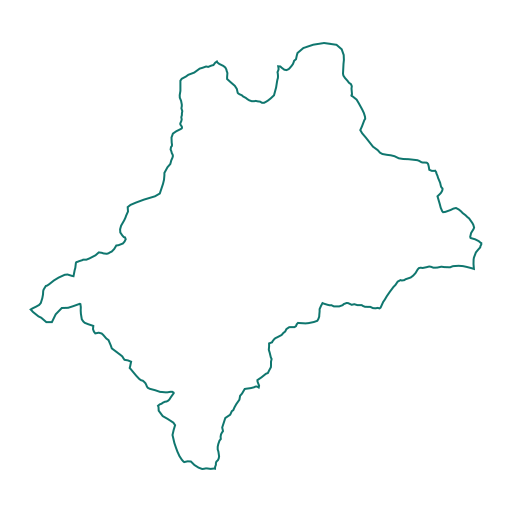 outline of Naro, Thimphu, Bhutan
{"feature_id": "84629894B37103530921458", "entity_name": "Naro", "entity_type": "district", "adm_level": 2, "iso_a3": "BTN", "parent_name": "Bhutan", "parent_adm1": "Thimphu", "projection": "orthographic", "projection_center": [89.526, 27.679], "detail": "fine", "context": "isolated", "style": "outline", "palette": "teal", "viewbox_px": 512, "rotation_deg": 0, "n_neighbors": 0, "source": "geoboundaries", "source_scale": "gbopen_adm2", "svg_char_len": 5990}
<svg xmlns="http://www.w3.org/2000/svg" viewBox="0 0 512 512"><path d="M215.0,468.7L215.1,466.9L215.9,464.8L215.9,463.1L216.4,461.6L217.9,460.2L218.7,458.5L219.1,456.4L218.4,451.6L217.7,449.4L217.7,446.8L218.3,444.0L219.5,440.6L220.8,439.0L220.6,436.7L221.0,434.4L222.1,432.3L222.9,431.4L222.9,430.6L222.2,427.5L225.3,418.0L230.2,414.7L231.8,411.2L233.3,410.1L234.4,407.5L236.3,404.1L239.4,399.7L240.1,395.8L242.0,393.6L244.7,389.0L245.7,388.8L250.8,388.1L254.0,387.3L255.4,386.6L256.6,386.5L257.2,386.6L258.7,387.5L259.1,385.8L258.9,385.1L258.3,383.7L257.5,381.5L257.4,380.1L261.4,377.4L265.9,373.8L267.9,373.0L269.0,370.7L270.9,367.2L271.0,365.3L271.0,361.7L271.6,359.0L270.8,357.3L269.7,352.7L268.8,349.8L269.1,346.4L269.1,343.4L272.1,342.3L272.4,341.5L274.0,339.4L275.3,338.2L277.2,337.3L281.6,335.0L283.3,333.0L285.2,331.5L286.4,329.1L289.0,327.3L289.9,327.1L294.5,327.1L296.0,326.1L296.7,324.3L298.0,322.9L298.9,323.0L305.5,323.4L308.6,323.1L313.9,322.0L317.3,320.8L318.4,318.9L319.2,316.6L319.3,314.7L319.6,311.5L319.6,309.1L321.0,305.9L322.5,303.1L324.0,303.7L327.6,304.8L329.8,305.3L331.4,305.2L333.9,306.4L337.0,306.4L339.2,306.4L342.6,305.2L343.7,304.1L346.6,303.0L348.1,303.1L351.7,304.8L354.3,304.2L357.3,305.1L361.7,305.1L362.8,305.9L365.0,306.8L370.4,306.9L372.9,308.1L375.5,308.3L377.7,307.9L379.5,308.4L380.6,307.6L383.2,301.9L384.8,299.6L386.8,296.2L389.9,291.7L393.5,286.9L395.4,285.0L397.7,281.6L400.5,280.1L401.8,280.5L404.4,280.1L405.4,279.3L410.7,277.5L413.2,275.6L415.5,273.1L417.7,269.4L418.9,268.1L420.7,267.7L422.6,268.0L426.5,267.2L429.2,266.5L431.0,266.8L433.4,267.7L437.1,267.6L441.4,266.7L444.3,267.1L450.1,267.3L452.5,266.3L453.7,266.1L458.6,265.8L462.9,266.1L466.6,266.9L470.9,268.0L473.9,268.9L473.5,264.0L473.6,259.6L473.9,257.7L475.9,252.4L478.2,249.6L480.2,247.4L480.4,246.2L481.3,244.4L481.3,243.1L480.4,242.6L478.7,241.1L475.1,239.3L470.6,238.0L470.2,236.8L471.1,233.0L473.5,229.1L474.1,227.6L473.3,224.8L472.4,223.1L469.1,218.4L467.3,217.0L465.5,215.2L462.7,213.1L461.0,211.3L458.8,209.5L456.0,208.0L453.4,208.6L450.6,210.0L445.3,211.9L443.1,212.2L442.2,211.2L440.7,207.7L439.8,204.2L437.5,196.3L439.9,194.0L441.0,192.8L442.1,190.9L442.5,189.6L442.5,188.5L441.4,187.3L440.9,186.1L440.1,182.7L438.0,177.7L437.5,175.9L436.4,173.4L436.2,172.2L435.1,170.7L434.5,170.9L431.9,170.9L429.3,169.8L428.7,166.3L428.1,164.0L427.1,162.9L426.3,162.6L422.6,162.5L421.4,162.2L419.2,160.9L417.4,160.2L408.6,159.2L403.2,159.0L398.8,158.3L394.5,156.2L390.8,155.3L386.8,154.8L382.4,154.0L380.0,152.7L377.8,150.2L373.0,146.7L366.0,137.8L362.1,133.2L360.3,130.1L362.0,126.3L364.3,120.2L365.2,118.8L365.0,116.7L363.9,113.1L362.3,109.7L358.8,103.3L356.6,99.6L352.5,96.3L351.6,95.9L351.4,95.3L352.0,94.3L351.5,88.6L351.8,86.2L351.0,84.2L348.9,82.7L347.5,80.8L345.0,78.0L343.4,75.6L343.0,73.7L343.5,63.8L343.9,59.9L343.7,55.0L341.7,49.3L336.5,44.8L324.0,43.0L313.3,44.7L303.4,48.0L297.5,53.0L296.8,55.5L296.0,59.2L294.1,60.8L293.7,62.1L292.9,64.1L291.5,66.0L289.7,68.1L288.7,69.1L286.5,70.1L284.3,69.7L281.4,67.5L280.4,66.5L278.2,66.3L278.5,68.0L278.6,69.2L278.2,70.5L277.5,72.2L277.8,73.7L278.0,76.1L277.9,78.0L277.4,79.7L277.1,81.2L276.1,87.5L274.0,95.3L270.7,98.4L267.9,100.6L266.3,101.6L264.1,102.8L262.0,102.8L260.0,101.6L257.9,101.4L255.7,100.9L254.3,101.2L251.7,101.2L249.2,100.3L247.3,99.1L245.8,97.9L243.0,96.4L241.9,95.3L239.4,94.2L238.1,93.3L237.7,92.8L236.8,88.9L234.8,85.8L230.4,82.0L227.1,79.0L227.1,77.0L227.4,73.2L227.2,72.3L226.8,71.4L226.3,69.4L225.3,67.5L223.3,65.9L219.2,63.9L217.3,62.4L216.9,61.5L215.2,62.7L213.4,65.1L212.4,65.3L211.1,65.7L208.2,66.9L206.1,66.5L202.5,67.8L199.7,68.6L194.2,72.6L188.3,74.8L186.0,76.5L181.7,78.8L180.4,80.7L180.4,90.9L179.7,95.2L179.8,97.7L181.1,100.9L181.8,104.6L181.8,106.1L181.4,108.3L182.3,111.1L181.9,113.4L181.9,115.1L181.3,117.2L181.7,119.4L181.3,121.1L180.3,123.4L180.3,124.2L180.8,125.2L181.5,126.1L181.9,126.9L182.0,127.9L181.6,128.5L180.4,129.2L176.2,131.3L172.9,133.6L172.1,135.9L171.5,137.5L171.7,142.6L172.0,144.7L171.9,145.9L171.0,147.1L170.6,149.5L171.3,151.2L171.9,153.4L172.6,154.5L172.9,156.0L172.5,157.6L171.3,160.3L170.3,164.0L167.5,167.2L164.4,172.9L164.4,175.3L164.0,179.8L163.0,183.9L159.8,193.5L155.0,196.3L144.0,199.6L135.9,202.6L130.5,204.9L127.7,207.1L128.0,211.5L126.1,215.7L125.5,217.5L124.2,220.3L121.1,225.7L120.1,229.3L120.3,232.5L122.2,235.3L123.8,237.1L125.0,237.4L125.7,239.2L124.6,241.5L122.9,243.5L118.5,245.2L116.3,245.5L114.2,249.0L111.7,251.6L110.1,252.3L108.5,253.3L106.8,253.8L103.4,253.4L101.8,252.8L98.8,252.4L95.5,255.3L89.5,258.4L86.3,259.7L83.1,259.7L82.5,260.1L79.0,261.2L77.6,261.8L76.4,262.1L75.9,262.9L75.3,267.9L74.7,270.0L73.5,276.2L72.0,275.9L67.5,274.5L64.7,274.8L58.6,277.6L54.0,280.4L49.2,284.2L47.1,285.6L45.8,286.0L43.6,289.6L43.2,291.1L43.0,294.5L42.3,298.2L40.8,303.0L39.2,304.9L36.2,306.6L32.5,308.4L30.7,309.5L33.0,312.0L38.5,316.4L41.2,317.7L46.3,322.1L51.9,322.1L55.7,314.3L61.8,308.0L68.1,307.8L73.1,306.2L79.8,303.8L80.4,304.1L80.8,307.1L80.7,310.6L80.9,313.8L81.8,319.3L83.3,321.5L84.7,322.8L88.2,324.2L93.3,325.9L93.0,329.1L93.9,331.6L95.3,333.4L98.7,332.7L101.7,333.5L103.3,335.0L106.3,338.5L108.5,340.1L110.8,345.5L111.8,348.4L120.7,355.1L122.3,356.4L123.5,358.4L124.5,359.8L127.9,360.4L131.1,361.7L130.1,366.5L129.7,368.0L130.9,369.3L132.7,371.5L136.3,375.8L139.3,379.0L141.0,380.2L142.8,380.7L144.2,381.9L145.5,383.3L146.4,385.2L146.9,386.5L147.8,387.8L149.8,388.8L155.1,390.2L160.1,391.9L162.0,392.0L165.1,392.3L167.5,392.3L170.4,391.8L172.3,391.8L173.6,392.6L173.7,393.2L170.7,397.4L169.3,399.6L167.7,401.0L166.2,401.6L165.0,401.7L162.7,402.8L161.6,403.7L159.7,404.4L158.0,405.8L158.5,406.9L158.7,410.7L162.7,416.1L167.6,418.9L173.4,422.7L175.1,425.2L173.7,429.8L172.5,435.0L174.4,443.1L176.0,447.8L177.4,451.6L179.5,456.2L181.8,459.7L183.2,461.3L184.2,462.1L187.6,461.3L190.9,461.5L194.4,465.0L198.5,467.6L202.2,469.0L203.9,468.8L205.8,468.4L206.9,468.4L210.6,468.9L214.1,468.5L215.0,468.7Z" fill="none" stroke="#0f766e" stroke-width="2"/></svg>